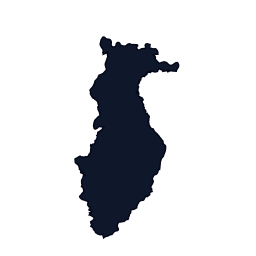 outline of Tautii Magheraus, Maramures, Romania, rotated 159°
{"feature_id": "2599482B35986305361226", "entity_name": "Tautii Magheraus", "entity_type": "district", "adm_level": 2, "iso_a3": "ROU", "parent_name": "Romania", "parent_adm1": "Maramures", "projection": "orthographic", "projection_center": [23.49, 47.714], "detail": "fine", "context": "isolated", "style": "filled", "palette": "ink", "viewbox_px": 256, "rotation_deg": 159, "n_neighbors": 0, "source": "geoboundaries", "source_scale": "gbopen_adm2", "svg_char_len": 5886}
<svg xmlns="http://www.w3.org/2000/svg" viewBox="0 0 256 256"><g transform="rotate(159 128 128)"><path d="M86.9,197.1L89.3,196.7L90.0,196.9L90.9,197.5L91.2,198.2L91.2,199.8L90.9,200.5L89.7,201.2L89.4,201.6L89.5,202.2L90.0,202.6L95.0,204.7L95.4,205.0L95.9,205.8L97.0,206.2L98.8,206.2L99.5,205.6L100.3,205.4L102.1,205.7L104.0,206.8L105.3,208.2L105.4,209.1L105.3,209.9L105.8,210.9L106.5,211.4L107.3,211.5L108.3,211.2L108.9,210.6L109.6,209.3L110.7,208.6L111.8,208.6L112.9,208.9L113.8,210.0L114.1,211.0L114.0,212.0L113.2,213.2L112.7,214.9L112.8,216.0L113.2,217.1L116.1,218.8L116.8,219.6L117.3,221.0L118.5,221.8L118.9,221.8L121.4,220.0L123.9,216.3L124.1,215.2L123.9,213.3L123.3,210.9L123.2,209.9L123.5,208.7L124.5,207.4L124.4,206.3L124.7,205.7L120.1,206.0L120.6,205.1L120.4,205.1L121.2,202.3L121.0,202.2L126.4,195.8L126.7,194.5L127.1,190.1L131.5,187.9L132.3,187.7L135.6,187.6L135.3,187.3L135.4,187.0L137.1,186.8L138.2,185.4L142.0,183.6L142.8,182.2L145.4,179.6L147.3,178.4L148.5,177.9L150.0,176.8L149.7,175.6L150.6,174.1L150.8,173.1L150.7,172.6L150.7,171.6L150.5,171.0L150.4,170.0L149.8,168.9L149.9,168.7L149.9,168.4L149.1,167.9L148.4,166.3L147.9,166.0L147.4,164.6L146.6,163.9L146.8,163.5L146.7,163.1L147.2,162.5L147.0,161.9L147.3,160.4L147.3,159.1L148.2,158.5L148.6,158.5L148.9,157.7L149.0,156.4L149.2,156.1L149.2,155.0L149.0,153.3L149.4,150.3L149.8,149.6L152.0,149.0L156.1,147.1L157.5,145.5L159.1,142.9L159.3,142.5L159.5,140.9L159.8,140.3L159.2,138.8L157.2,138.8L156.2,139.1L155.4,139.6L154.2,139.7L152.9,138.9L152.4,138.8L150.4,137.0L152.4,136.2L153.4,135.6L154.2,135.5L155.7,135.0L157.6,134.8L158.8,132.7L159.3,132.3L159.8,132.2L159.7,131.6L159.7,130.6L160.0,130.3L161.2,129.1L161.6,128.2L163.3,128.0L163.7,126.9L163.7,126.3L164.3,125.9L164.6,125.3L165.2,125.1L166.8,125.5L168.2,125.3L168.5,124.7L168.8,124.6L169.0,125.2L169.4,124.5L169.2,124.0L169.4,123.0L169.9,122.4L170.7,120.9L170.8,120.0L172.0,118.6L172.4,117.8L173.3,117.7L175.3,116.0L175.9,115.7L176.7,115.7L177.8,116.4L178.5,116.3L179.2,116.6L180.1,116.6L181.0,117.4L181.8,117.5L182.9,118.9L188.6,118.0L188.6,117.5L188.9,117.1L189.0,116.2L189.5,115.1L189.5,114.5L188.6,112.7L187.9,111.9L187.5,109.8L187.8,107.9L188.1,106.9L187.4,105.5L187.3,104.7L188.0,103.8L188.1,103.3L187.9,102.9L187.6,102.9L186.7,101.9L186.2,102.3L186.0,103.0L185.8,103.1L185.7,102.7L186.1,101.2L185.9,100.9L185.9,100.6L186.3,100.2L186.0,99.9L186.0,99.6L185.6,99.3L187.1,99.0L188.0,97.5L189.3,96.6L190.4,95.1L190.6,94.1L191.0,93.1L191.2,91.4L192.4,89.9L191.6,89.1L191.4,87.6L191.7,85.8L192.0,84.7L192.9,83.9L194.3,83.4L195.0,82.8L197.3,81.7L197.6,81.5L197.8,80.9L197.4,79.4L196.3,77.6L194.6,76.4L191.5,73.6L193.2,70.8L192.8,68.6L192.6,68.3L191.6,67.5L191.6,67.3L192.1,67.2L192.1,66.3L193.5,66.0L193.4,65.5L193.6,65.1L192.8,65.0L192.6,64.3L191.7,63.5L191.7,63.2L192.6,62.8L192.7,62.2L193.2,62.2L193.9,62.7L194.4,62.6L194.4,61.6L195.3,60.7L194.8,60.5L194.6,60.0L193.9,60.1L193.3,59.6L193.2,58.4L192.1,57.5L191.8,56.8L192.0,55.8L192.7,55.0L194.0,54.3L196.5,53.8L196.7,52.0L196.1,51.3L197.9,49.5L196.3,47.5L196.6,46.2L196.3,44.9L195.7,43.8L195.7,42.3L195.5,41.7L194.8,41.1L194.5,40.2L192.2,38.3L191.1,38.0L189.7,38.3L190.1,34.2L189.0,34.6L187.3,34.7L184.9,34.4L183.9,34.7L183.5,35.1L182.7,34.6L180.8,34.5L179.2,35.6L177.6,36.4L174.2,36.0L173.2,37.1L173.2,38.2L173.4,38.7L173.1,40.8L171.6,42.8L170.8,43.0L170.5,43.4L169.5,43.3L168.4,42.8L167.8,42.9L164.9,42.2L163.7,42.8L162.7,43.1L160.8,42.7L160.0,43.5L159.4,44.9L158.5,45.4L157.6,47.0L156.1,47.8L155.3,49.1L154.9,50.0L154.3,50.6L153.8,50.7L153.1,50.3L151.6,50.0L148.5,50.4L147.9,51.8L147.0,52.6L146.1,53.7L144.9,54.4L144.6,54.9L144.0,55.3L142.8,55.6L141.3,55.7L140.3,55.2L139.2,55.2L136.8,57.3L135.9,58.3L135.6,57.6L134.5,57.0L132.7,57.8L131.8,57.8L131.6,58.0L131.7,58.6L130.8,59.8L129.8,60.2L128.3,60.1L128.4,60.7L127.7,62.9L128.1,63.9L128.1,64.6L127.2,65.7L125.1,67.3L123.8,68.8L123.5,69.3L123.5,69.7L123.8,71.0L122.8,73.0L120.5,74.8L118.6,74.7L117.4,75.0L116.0,76.2L115.3,77.4L113.7,78.3L113.3,78.1L109.8,85.0L107.9,87.4L107.1,88.0L105.2,88.9L104.2,90.3L102.0,92.6L100.7,94.6L99.6,96.9L99.5,98.3L100.6,100.2L100.6,101.3L100.2,103.4L100.2,103.9L101.1,105.3L101.0,106.4L101.7,107.8L101.9,109.0L103.1,112.4L104.2,114.3L104.8,116.7L104.8,118.0L106.1,118.9L106.9,120.2L107.0,122.0L107.3,122.8L106.7,125.9L106.9,126.4L106.9,127.1L106.1,127.3L105.7,128.0L105.5,128.9L104.4,130.5L104.1,131.3L104.3,132.4L104.8,132.9L104.9,134.7L105.4,134.7L105.9,135.1L106.1,136.1L106.1,136.5L105.4,137.2L105.3,138.3L106.5,139.7L106.5,140.0L105.6,140.9L105.8,142.2L105.2,144.1L105.4,145.8L105.7,146.5L105.3,147.6L105.4,148.4L104.0,148.7L103.8,148.8L103.7,149.4L104.2,150.5L104.2,151.4L105.2,151.9L106.0,153.2L106.9,153.9L106.8,154.5L105.8,155.7L105.4,157.4L105.5,158.2L107.3,157.8L106.1,159.3L105.0,160.0L105.2,160.4L105.0,161.3L104.3,161.5L103.4,162.6L103.6,163.4L103.5,164.6L102.9,165.2L101.4,166.1L100.6,168.1L100.2,167.6L99.4,168.8L98.9,168.5L97.5,170.8L95.9,170.7L95.1,171.0L94.1,170.2L92.9,171.1L92.0,171.1L91.3,171.3L91.0,171.8L91.2,172.6L90.7,172.7L89.9,172.4L89.0,173.2L88.7,173.0L88.3,172.4L88.1,172.4L87.8,173.0L87.5,172.9L87.2,172.5L87.1,171.9L86.5,172.1L85.9,173.0L85.8,172.9L85.7,172.5L85.1,172.4L84.5,171.8L84.0,171.8L83.3,170.9L82.6,170.8L82.2,170.5L81.3,170.5L80.3,170.2L78.1,172.5L75.2,169.7L75.2,168.4L70.9,167.6L70.8,166.3L69.7,166.2L69.8,167.2L62.6,163.7L62.0,164.7L59.3,166.7L58.6,167.6L58.1,169.1L58.2,170.8L58.4,171.2L58.9,171.6L60.5,171.7L64.2,170.8L65.8,171.1L66.7,171.8L67.3,172.5L68.5,175.2L70.5,176.8L72.7,177.1L75.3,177.1L75.8,177.4L77.4,181.1L77.7,182.4L77.7,183.2L77.1,184.3L77.1,185.2L77.6,186.4L78.3,187.2L77.2,187.3L73.6,186.2L73.0,188.3L73.0,189.7L73.6,191.7L74.0,192.1L75.8,192.7L76.7,193.1L77.4,193.8L79.1,194.4L78.5,196.2L77.5,198.0L79.8,199.7L81.0,200.0L81.5,199.8L82.4,199.0L82.5,198.4L82.3,197.4L83.7,195.8L84.3,196.4L86.9,197.1Z" fill="#0f172a" stroke="#020617" stroke-width="1.5"/></g></svg>